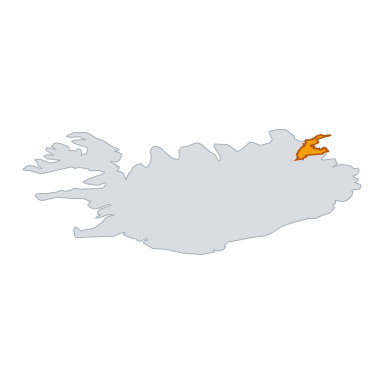 Langanesbyggð, Norðurland eystra, Iceland (highlighted)
{"feature_id": "244011B59191424948734", "entity_name": "Langanesbyggð", "entity_type": "district", "adm_level": 2, "iso_a3": "ISL", "parent_name": "Iceland", "parent_adm1": "Norðurland eystra", "projection": "natural_earth1", "projection_center": [-15.117, 66.073], "detail": "fine", "context": "in_parent", "style": "filled", "palette": "amber", "viewbox_px": 384, "rotation_deg": 0, "n_neighbors": 0, "source": "geoboundaries", "source_scale": "gbopen_adm2", "svg_char_len": 8027}
<svg xmlns="http://www.w3.org/2000/svg" viewBox="0 0 384 384"><path d="M299.5,141.1L303.0,141.3L308.8,139.9L317.1,135.9L320.6,135.0L328.6,135.0L318.9,138.9L315.3,143.1L312.6,145.2L312.6,146.1L319.4,148.7L322.7,147.9L324.2,148.2L325.5,149.4L326.4,151.8L325.8,154.3L323.8,156.8L321.2,158.9L321.5,159.6L323.7,160.0L335.0,158.7L336.2,161.8L337.3,162.8L337.0,163.8L332.5,167.2L337.8,165.1L341.9,164.5L349.1,165.5L352.0,166.7L353.8,168.8L357.3,168.2L359.0,169.4L359.0,170.7L357.5,174.2L353.2,176.0L355.8,178.5L358.0,178.6L358.3,179.2L358.1,180.7L354.8,182.5L360.3,184.5L361.0,185.2L360.6,187.5L359.7,188.8L358.1,189.5L354.2,189.6L351.8,190.5L352.7,191.9L351.9,195.7L348.9,198.9L346.0,200.6L343.2,201.7L335.4,200.4L335.7,203.2L332.9,204.8L333.4,206.2L334.4,207.0L333.9,208.8L330.4,212.5L327.8,213.7L322.8,215.2L315.6,218.5L308.2,218.5L290.2,223.4L283.0,226.0L270.2,233.9L264.8,235.9L255.6,236.9L227.8,242.1L224.6,245.2L224.5,245.9L225.7,247.1L223.6,249.3L219.3,250.9L217.4,250.9L214.0,249.6L213.5,250.2L214.9,251.9L201.2,254.6L182.5,253.1L166.0,249.3L152.8,248.5L143.7,243.2L143.4,242.3L144.5,240.7L147.9,240.0L146.3,238.4L140.6,241.2L138.8,241.1L136.4,240.0L136.4,238.9L131.7,238.4L123.8,235.0L123.2,234.3L125.2,233.2L124.8,232.9L120.4,233.1L113.9,236.2L76.1,237.5L74.9,235.8L73.7,229.7L75.1,227.1L76.7,227.4L80.9,230.8L91.1,228.9L95.3,227.6L99.2,224.3L101.4,223.2L104.7,219.0L107.9,216.4L114.3,215.2L108.6,214.4L99.0,217.8L95.8,217.8L97.3,216.3L100.7,214.7L98.4,214.6L97.6,213.8L97.6,212.2L99.4,209.7L110.8,205.2L108.2,204.4L100.3,207.8L94.5,209.0L90.0,207.4L87.9,205.3L88.1,204.4L90.9,201.7L90.5,201.2L88.6,200.9L83.8,198.4L75.9,198.7L56.5,197.3L41.6,200.7L38.1,199.1L35.4,195.7L36.1,194.4L38.7,193.6L45.9,193.7L56.5,192.1L61.5,190.1L63.3,190.6L64.2,191.6L70.7,190.1L74.3,188.3L80.1,189.2L102.1,188.2L105.1,185.9L106.3,183.2L105.9,182.7L97.7,185.2L95.8,185.1L86.6,183.8L83.2,182.3L84.4,181.1L89.5,178.5L102.3,174.2L104.1,173.3L104.3,172.3L99.4,170.4L89.9,170.9L87.6,168.8L79.8,167.5L74.5,168.3L71.8,166.9L40.6,173.9L30.7,170.7L23.6,170.2L23.0,169.2L27.4,166.1L30.3,165.6L33.1,165.8L38.5,168.0L42.2,168.6L37.7,165.5L37.6,162.5L36.2,161.8L34.8,159.8L35.5,159.1L41.1,159.6L50.0,163.0L54.5,162.4L60.3,160.2L47.5,158.9L43.7,156.2L46.6,154.8L53.2,155.0L46.1,150.3L45.8,149.5L47.1,147.5L56.3,149.3L51.6,146.5L51.5,145.9L52.9,145.4L53.8,143.7L56.1,143.0L60.8,143.6L67.9,146.8L68.9,147.7L69.1,150.9L71.9,150.4L75.3,150.9L78.3,148.7L80.2,149.2L81.7,151.2L81.3,155.5L83.3,154.0L86.7,153.9L87.4,150.3L86.9,147.4L76.0,144.1L71.7,141.8L72.3,140.9L74.5,140.2L86.1,139.6L81.2,138.2L80.0,136.8L71.2,137.3L66.8,136.7L66.7,136.0L68.6,134.9L74.0,132.7L84.1,132.5L88.2,133.1L95.8,138.0L102.0,140.0L112.2,146.6L118.8,149.2L119.1,149.8L118.0,150.6L115.3,151.5L119.3,152.7L121.6,154.4L121.8,155.1L119.3,160.5L116.7,162.2L110.5,161.2L112.0,162.9L116.3,164.8L117.3,165.8L116.6,166.8L118.7,166.5L119.4,167.0L118.3,170.1L117.1,171.2L120.8,171.8L123.3,173.3L126.2,179.5L128.0,174.8L129.0,173.0L130.5,172.4L132.5,167.6L136.8,164.7L140.7,163.6L144.6,167.0L147.5,167.3L150.7,161.4L151.3,157.1L150.5,152.3L151.2,148.9L153.2,146.9L155.9,146.2L161.4,148.3L165.9,153.0L172.7,158.2L177.6,159.5L178.4,159.3L179.4,157.6L178.9,150.8L181.2,147.2L187.0,146.3L195.8,143.0L197.9,142.9L202.1,144.8L209.7,151.6L215.1,154.8L217.9,159.9L219.2,160.8L220.4,159.2L220.6,157.0L214.1,146.5L214.1,145.1L214.7,144.0L226.7,144.5L229.4,145.7L237.6,151.6L241.7,149.2L250.0,142.1L252.7,142.4L259.6,145.2L262.4,145.0L270.5,142.4L272.3,139.1L268.9,132.5L270.3,131.1L277.8,129.4L285.9,129.8L294.3,136.0L294.6,138.8L299.5,141.1Z" fill="#d9dde1" stroke="#a8b0b8" stroke-width="1"/><path d="M295.9,159.9L298.8,159.4L301.9,159.1L302.2,159.0L302.6,159.1L302.9,159.0L303.0,159.1L303.0,158.9L303.2,158.7L303.1,158.4L303.1,158.2L303.9,157.8L304.0,157.7L304.6,157.5L304.6,157.4L305.0,157.3L305.2,157.2L305.4,157.1L305.5,157.1L305.8,157.2L306.4,156.8L306.5,156.4L306.6,156.2L306.9,155.9L307.0,155.7L306.3,155.4L307.6,155.1L312.2,154.7L322.8,153.8L323.0,153.3L323.0,153.2L323.3,152.8L323.3,152.7L324.1,152.5L324.8,152.1L326.0,151.6L327.2,151.6L327.5,151.5L327.9,151.6L328.3,151.5L328.3,151.3L328.2,151.3L328.2,151.0L328.1,150.9L328.1,150.7L327.8,150.3L327.2,150.2L326.9,149.9L326.9,149.7L326.7,149.6L326.7,149.2L326.4,149.1L326.5,148.8L326.3,148.7L326.1,148.6L326.2,148.4L325.9,148.4L325.7,148.3L325.5,148.2L324.6,148.0L324.6,147.9L324.5,148.0L324.5,147.9L324.4,147.9L324.3,148.0L324.1,148.0L324.0,147.9L324.0,148.0L323.9,148.0L323.7,148.0L323.2,148.4L322.9,148.4L322.9,148.5L322.6,148.6L322.4,148.5L322.2,148.7L322.0,149.1L321.7,149.3L321.4,149.6L321.2,149.6L320.8,149.7L320.3,149.8L320.5,149.8L320.4,149.9L320.2,149.9L320.3,149.8L319.6,149.6L319.5,149.4L319.4,149.3L319.4,149.1L319.2,149.1L319.3,148.9L319.1,148.8L319.1,148.7L318.9,148.9L318.6,148.8L318.4,148.8L318.2,148.8L317.9,148.9L317.6,148.8L317.4,148.9L317.2,148.9L316.8,148.9L316.6,148.9L316.4,148.9L316.1,148.8L316.1,148.7L315.7,148.5L315.2,148.4L313.8,148.7L313.5,148.7L313.3,148.5L313.3,148.4L314.0,147.9L314.2,147.6L314.3,147.5L314.2,147.4L314.3,147.4L314.2,147.4L314.1,147.2L314.2,146.7L314.4,146.5L314.4,146.4L314.1,146.4L313.6,146.5L313.2,146.5L312.9,146.5L312.5,146.6L311.6,146.6L311.4,146.5L311.3,146.3L311.1,146.2L310.6,146.1L310.4,145.9L310.7,145.6L311.0,145.5L311.2,145.3L311.4,145.1L311.5,145.0L312.7,144.9L313.6,144.8L315.1,144.3L315.6,143.9L316.2,143.7L316.3,143.6L316.9,143.4L317.1,143.3L317.3,143.2L317.7,143.0L318.1,142.8L318.1,142.7L318.1,142.4L318.2,142.2L318.4,142.1L318.5,141.7L318.4,141.5L318.4,141.4L318.2,141.4L318.1,141.2L317.4,140.7L317.0,140.3L316.7,140.1L316.4,139.9L316.6,139.5L316.7,139.4L317.2,139.0L317.8,138.8L318.1,138.8L318.3,138.7L318.6,138.7L319.3,138.5L319.9,138.3L320.5,138.3L320.7,138.2L321.2,138.1L321.4,138.0L322.2,137.6L322.3,137.6L322.5,137.4L323.0,137.2L323.3,137.1L323.5,137.2L323.9,137.0L324.7,136.8L325.2,136.7L325.4,136.6L325.7,136.5L326.1,136.4L327.8,136.2L328.2,136.0L329.4,135.8L329.7,135.7L330.4,135.4L330.6,135.3L330.6,135.2L330.3,135.1L329.2,135.3L328.0,135.3L327.7,135.3L326.1,135.9L325.3,135.9L324.6,136.0L323.6,135.8L323.4,135.9L323.2,135.8L323.0,135.6L322.4,135.3L321.9,135.3L321.6,135.1L321.4,134.9L320.6,134.8L319.8,135.2L319.5,135.2L319.1,135.4L318.3,135.5L317.7,135.8L317.3,136.2L316.9,136.3L316.1,136.3L316.0,136.7L315.9,137.0L315.8,137.3L315.6,137.5L315.0,137.8L314.9,138.0L314.2,138.5L313.9,138.6L313.7,138.6L313.3,138.7L313.1,138.6L313.0,138.8L313.2,139.1L312.9,139.3L312.5,139.5L311.6,139.7L311.1,139.7L310.9,139.7L309.0,140.1L308.5,140.2L308.1,140.1L307.7,140.2L307.4,140.1L307.2,140.0L306.8,140.0L306.6,139.9L306.3,140.0L305.8,139.9L305.7,140.1L305.8,140.2L305.7,140.4L305.6,140.5L305.4,140.8L305.5,141.0L305.4,141.2L305.6,141.5L305.4,141.8L305.5,141.9L305.6,142.0L305.7,142.3L305.7,142.5L305.8,142.4L305.7,142.4L305.9,142.4L306.0,142.4L305.8,142.5L306.0,142.5L306.0,142.8L306.0,143.0L305.8,143.1L305.7,143.4L305.6,143.5L305.4,143.7L303.9,143.9L304.7,144.3L304.6,144.5L304.0,144.7L304.0,144.8L304.1,145.0L303.8,145.0L303.5,145.2L303.6,145.4L304.1,145.3L304.3,145.4L304.0,145.5L304.2,145.8L303.8,146.0L303.5,145.9L303.3,146.1L303.1,146.1L302.7,146.6L302.7,146.8L302.3,147.2L302.0,147.2L301.6,147.3L301.4,147.3L301.2,147.6L301.1,147.8L300.9,148.0L300.7,148.3L300.6,148.6L300.5,148.8L300.1,149.1L300.2,149.3L300.3,149.3L300.1,149.4L300.0,149.5L299.7,149.8L299.3,150.0L299.1,150.4L299.1,150.5L298.9,150.6L298.9,150.8L298.7,150.9L299.1,151.0L298.9,151.5L298.7,151.7L298.7,151.8L298.5,152.0L298.3,152.2L298.3,152.3L298.1,152.4L298.2,152.5L298.1,152.8L297.9,153.0L297.6,153.2L297.5,153.3L297.4,153.4L297.2,153.6L296.7,153.9L296.7,154.0L296.9,154.3L297.1,154.4L297.3,154.5L297.2,154.6L297.2,154.8L297.3,154.9L297.2,155.0L297.3,155.3L297.3,155.5L297.2,155.6L297.4,155.7L297.4,155.8L297.3,156.0L297.3,156.3L297.2,156.4L297.2,156.5L297.3,156.6L297.2,156.6L297.2,156.8L297.3,156.9L297.3,157.0L297.5,157.1L297.5,157.3L297.7,157.5L297.9,157.6L298.0,157.7L297.9,157.8L297.4,158.0L297.2,158.2L297.2,158.4L297.5,158.5L295.9,159.9Z" fill="#f59e0b" stroke="#b45309" stroke-width="1.5"/></svg>